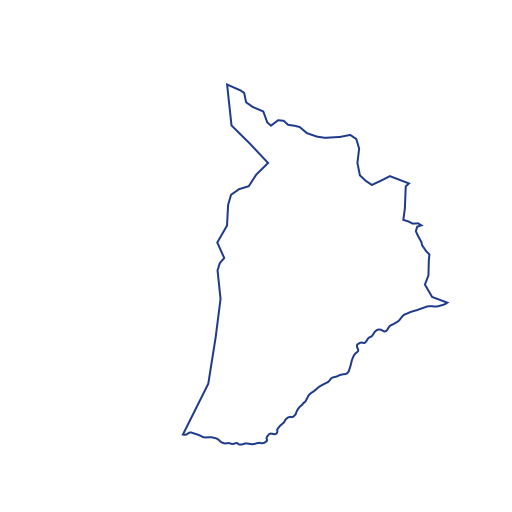 Zangba, Basse-Kotto, Central African Republic, rotated 323°
{"feature_id": "33826404B2530322918847", "entity_name": "Zangba", "entity_type": "district", "adm_level": 2, "iso_a3": "CAF", "parent_name": "Central African Republic", "parent_adm1": "Basse-Kotto", "projection": "mercator", "projection_center": [20.794, 4.708], "detail": "fine", "context": "isolated", "style": "outline", "palette": "blue", "viewbox_px": 512, "rotation_deg": 323, "n_neighbors": 0, "source": "geoboundaries", "source_scale": "gbopen_adm2", "svg_char_len": 3111}
<svg xmlns="http://www.w3.org/2000/svg" viewBox="0 0 512 512"><g transform="rotate(323 256 256)"><path d="M421.8,290.1L411.0,272.8L403.0,271.4L391.3,269.0L388.9,262.1L387.5,254.1L393.0,242.7L403.0,232.3L406.5,222.9L404.1,216.0L394.8,211.5L382.3,203.2L376.5,197.3L370.6,188.6L368.5,179.3L365.1,175.1L360.6,170.6L359.5,164.7L355.4,160.9L346.4,160.9L345.4,156.1L348.8,145.0L343.0,134.9L340.6,127.3L344.7,118.6L343.3,114.5L336.1,101.7L315.0,137.0L318.8,163.0L321.6,189.0L305.3,191.1L292.2,195.9L282.6,192.4L272.9,192.1L264.6,198.3L251.1,214.3L233.2,221.9L229.4,238.5L222.8,239.9L216.6,244.4L201.8,269.0L174.8,296.7L141.0,329.3L90.2,354.6L91.3,355.8L93.0,356.7L96.0,356.9L97.2,357.3L98.0,357.9L99.6,360.3L101.3,362.6L102.8,364.9L103.7,366.6L104.5,368.6L105.9,370.0L108.0,371.6L109.8,372.8L111.2,373.8L114.1,377.2L114.9,378.6L115.5,380.2L116.1,383.5L116.8,384.9L117.9,386.5L119.1,387.5L120.8,388.4L121.8,389.2L122.6,390.2L123.5,391.4L124.6,392.3L125.7,392.8L127.0,393.2L127.9,393.6L128.4,394.2L128.6,395.2L129.1,396.4L130.8,397.8L133.1,398.7L135.0,399.4L136.8,401.1L138.1,402.5L139.7,404.1L141.9,405.3L144.2,406.1L146.8,407.6L147.1,408.1L147.7,408.8L148.4,409.4L149.8,410.0L151.1,410.3L152.5,410.3L153.6,410.1L154.4,408.9L154.7,407.9L155.6,407.2L157.0,406.7L159.4,406.2L160.6,406.5L161.8,407.5L163.2,409.2L164.2,409.9L165.5,410.1L166.8,409.6L167.7,408.7L168.4,407.4L170.2,406.8L173.4,406.0L176.0,405.9L178.3,405.7L180.4,404.7L182.1,404.3L184.0,404.2L185.8,404.7L186.9,405.4L187.7,406.3L189.0,406.8L190.6,406.6L192.3,406.3L193.2,405.8L194.4,404.9L195.6,404.3L197.6,403.4L200.1,402.8L203.8,402.5L204.8,402.1L205.7,401.9L206.4,402.1L207.3,402.0L208.2,401.8L209.6,401.1L211.5,400.3L213.3,399.3L215.3,398.7L218.2,398.6L220.1,398.8L224.4,398.7L226.3,398.4L228.6,398.5L231.6,398.9L237.8,400.0L239.5,399.8L240.6,399.4L242.0,399.0L243.3,399.0L244.9,399.5L246.9,400.4L248.5,401.0L249.3,401.1L250.4,401.3L251.8,401.7L252.9,402.2L254.9,403.2L256.6,404.2L258.2,404.5L260.5,404.0L263.1,402.2L264.8,401.0L268.2,398.3L269.6,397.1L271.5,395.9L274.0,394.5L276.3,393.7L277.9,393.6L279.5,393.6L280.6,393.2L281.2,392.3L281.7,390.3L282.4,388.6L283.5,387.7L284.5,387.7L286.5,387.9L287.5,388.3L288.5,388.8L289.3,389.9L290.2,390.7L291.4,390.8L292.9,390.4L294.9,389.7L296.2,389.2L296.7,389.2L297.9,389.3L299.6,389.7L300.9,389.6L305.0,388.1L307.4,387.8L309.3,388.3L310.6,389.2L311.7,390.6L312.3,392.2L313.1,393.6L314.7,394.2L316.3,394.0L318.1,393.2L320.2,392.5L322.1,392.5L324.7,393.1L330.0,393.7L332.0,393.5L336.3,392.3L338.8,392.0L340.5,392.4L342.8,393.1L344.9,393.5L346.8,394.1L348.5,394.7L350.7,395.6L352.1,396.2L353.0,396.4L354.2,396.7L355.4,397.2L356.6,397.5L358.0,398.0L359.4,398.4L360.7,398.8L362.1,399.2L363.7,400.1L365.8,401.6L366.2,401.9L367.9,403.6L369.5,404.8L371.5,405.9L373.7,406.7L374.7,407.1L376.2,407.7L377.7,408.1L379.0,408.3L380.7,408.4L372.0,394.7L373.7,380.5L382.0,375.3L391.3,363.6L395.4,359.1L394.8,354.6L395.1,347.6L396.5,344.2L397.5,337.2L398.6,332.4L402.4,329.6L406.5,331.0L405.1,327.5L400.6,324.4L398.6,320.3L395.4,315.8L403.7,307.4L417.5,290.5L421.8,290.1Z" fill="none" stroke="#1e3a8a" stroke-width="2"/></g></svg>